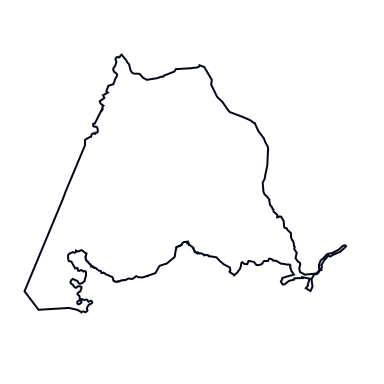 outline of Lizuma pag., Gulbene, Latvia, rotated 275°
{"feature_id": "27541924B17941209046703", "entity_name": "Lizuma pag.", "entity_type": "district", "adm_level": 2, "iso_a3": "LVA", "parent_name": "Latvia", "parent_adm1": "Gulbene", "projection": "albers", "projection_center": [26.315, 57.198], "detail": "fine", "context": "isolated", "style": "outline", "palette": "ink", "viewbox_px": 384, "rotation_deg": 275, "n_neighbors": 0, "source": "geoboundaries", "source_scale": "gbopen_adm2", "svg_char_len": 5887}
<svg xmlns="http://www.w3.org/2000/svg" viewBox="0 0 384 384"><g transform="rotate(275 192 192)"><path d="M318.9,188.4L318.2,188.4L317.3,187.9L316.7,186.7L316.2,185.2L315.7,181.7L315.3,180.9L313.0,165.2L310.4,163.9L305.4,153.7L304.9,153.8L304.1,152.4L304.0,151.8L304.2,151.2L302.4,147.6L299.8,137.1L301.1,134.4L301.2,133.6L304.6,130.1L305.1,129.4L305.1,126.6L304.9,125.6L304.9,123.9L305.5,122.1L307.6,120.3L313.7,118.2L316.1,115.7L316.9,115.5L322.7,109.9L321.7,108.9L320.6,108.5L319.8,107.8L319.7,107.5L320.0,105.9L319.5,105.0L317.6,104.1L315.1,105.3L314.0,105.2L310.9,104.4L308.9,103.1L306.9,102.8L305.1,103.8L303.2,106.7L302.4,107.1L301.3,107.2L297.2,105.4L294.4,104.9L293.3,104.3L292.6,104.4L290.5,99.4L284.7,97.9L283.8,99.5L280.6,94.9L280.1,95.4L277.9,96.5L274.5,92.2L272.3,93.0L270.3,96.2L270.0,95.8L268.9,95.4L266.7,95.8L265.4,95.1L265.9,94.8L251.7,89.2L251.3,87.6L248.9,88.0L248.4,91.4L247.1,92.4L244.1,92.9L243.1,92.5L242.7,91.7L242.7,90.6L241.5,90.5L241.8,88.3L241.1,87.4L240.1,86.9L238.2,86.6L238.3,86.1L234.7,80.9L229.1,81.3L181.8,66.2L173.2,63.8L78.5,33.8L61.3,49.4L65.8,79.7L64.6,88.0L62.8,92.1L62.5,92.3L62.9,92.6L63.5,94.2L63.5,94.9L63.0,95.8L63.1,96.4L63.5,97.2L64.8,98.1L65.4,98.1L66.3,97.5L67.3,97.5L69.5,98.3L70.9,99.3L71.9,101.2L72.8,102.2L74.0,102.2L74.9,100.7L73.6,98.5L74.2,97.8L75.3,97.2L75.6,96.5L75.7,96.1L75.1,94.5L75.1,93.6L75.7,91.7L75.0,91.1L73.9,90.8L73.8,91.2L73.4,91.4L72.1,91.4L70.5,89.6L70.2,88.8L70.2,88.3L71.6,87.3L72.3,87.2L72.9,87.6L74.0,89.1L76.0,89.6L78.8,88.8L79.9,87.0L80.4,86.7L81.8,87.2L83.3,89.5L84.3,89.5L86.4,90.3L87.6,90.2L87.9,89.8L88.2,89.0L88.2,86.7L86.6,85.1L86.5,84.3L87.8,82.3L89.2,81.5L90.1,79.7L90.8,79.0L91.7,78.8L93.3,79.2L94.8,80.6L95.0,81.1L94.1,83.2L93.4,85.6L92.0,86.4L90.9,87.7L90.7,88.1L90.9,88.7L91.8,90.7L94.1,92.8L96.3,93.0L99.2,93.7L102.7,93.4L103.6,92.9L104.0,91.9L103.3,90.8L104.1,89.2L104.5,89.0L104.6,88.1L103.6,86.7L103.7,85.4L105.7,84.9L106.2,84.5L106.4,84.0L105.7,83.0L105.7,82.2L111.8,78.2L112.3,77.3L112.3,75.6L112.7,75.1L115.5,74.3L118.5,74.1L120.2,75.6L121.8,78.7L121.2,80.1L121.5,80.9L122.1,81.5L123.5,81.6L122.8,83.2L122.8,83.6L123.2,84.7L124.2,86.3L124.4,86.8L124.3,87.5L121.8,91.3L121.6,92.2L119.6,92.0L118.3,91.5L118.1,91.8L117.3,91.6L116.9,92.0L115.3,92.1L114.3,93.0L114.3,93.3L113.9,93.3L113.8,93.8L113.4,93.9L113.2,94.6L112.8,94.6L111.2,96.5L111.2,97.1L109.8,97.7L110.0,97.9L109.6,98.1L109.6,98.5L109.3,98.5L109.5,98.8L109.3,99.5L108.9,99.5L108.9,100.0L108.6,100.0L108.7,100.4L108.4,101.1L108.1,101.1L108.1,101.6L107.8,101.7L108.0,102.3L107.8,102.9L107.0,103.8L105.4,106.4L105.4,108.0L103.5,108.8L103.4,109.2L103.9,110.5L103.7,110.6L103.9,111.2L102.0,114.3L102.1,115.7L101.1,117.1L100.5,119.8L98.8,121.1L98.1,120.9L96.7,121.6L96.7,122.2L96.1,122.6L96.2,123.4L95.8,124.7L96.0,124.8L96.0,125.8L96.2,126.3L96.5,126.2L96.5,127.0L96.9,127.1L96.9,128.0L97.5,128.6L97.5,129.1L97.8,129.5L97.9,130.9L98.4,131.1L98.3,131.8L98.6,133.7L100.3,136.2L100.1,139.6L100.3,140.1L100.9,141.3L103.4,143.8L102.6,145.5L102.4,146.8L102.6,150.3L104.2,154.0L104.3,154.8L104.5,154.7L108.0,162.6L115.6,166.1L118.6,173.2L125.8,180.4L133.4,180.9L133.8,181.3L135.5,181.0L136.2,182.0L136.2,182.6L137.1,183.3L137.2,183.7L136.9,184.3L137.2,185.0L138.1,185.2L138.0,185.8L138.2,186.2L138.6,186.5L139.9,186.7L141.2,187.9L141.5,188.4L141.7,190.8L142.1,191.1L142.2,191.7L141.6,191.5L141.5,191.8L141.1,191.8L141.4,192.2L141.4,192.6L140.8,192.5L140.8,192.9L140.3,192.9L140.2,193.2L139.8,193.4L139.8,193.0L139.0,193.6L139.2,194.0L137.9,196.0L137.5,197.0L136.9,197.3L136.9,197.8L136.7,198.1L136.1,197.8L135.9,198.0L136.1,198.2L134.9,199.1L133.7,199.2L133.6,199.8L133.1,200.3L132.6,200.2L132.6,200.6L132.1,200.8L132.2,201.4L131.8,201.8L132.1,202.2L131.7,202.5L132.0,202.6L131.8,203.1L132.1,203.5L131.9,203.6L132.0,203.8L131.7,204.4L131.3,204.7L131.8,205.8L131.0,208.6L130.1,209.3L130.4,209.7L130.1,210.0L130.5,210.5L130.3,212.0L130.5,213.1L129.6,214.3L130.0,214.6L129.3,215.7L129.5,216.8L129.0,222.1L125.6,225.9L122.5,230.3L120.1,236.3L117.1,237.1L115.9,236.3L114.9,237.4L113.6,240.4L112.6,241.2L115.5,244.0L119.7,246.5L122.4,247.2L125.5,247.3L126.5,248.1L124.9,250.4L124.9,253.3L128.2,254.3L128.2,255.7L127.9,258.4L127.6,260.0L124.9,262.5L125.0,264.7L125.4,266.1L126.4,267.9L129.6,269.8L129.8,273.6L132.4,274.7L132.2,276.5L131.7,278.0L130.8,278.7L130.8,281.7L128.3,287.1L128.4,288.5L128.0,293.5L128.2,294.6L128.1,295.8L127.4,296.5L126.1,296.2L122.2,297.8L118.6,300.8L116.1,294.0L114.1,289.4L112.7,289.4L110.5,288.3L107.8,290.3L108.1,292.2L111.9,296.4L113.7,301.5L115.0,301.6L115.9,309.8L116.8,309.4L115.9,316.7L109.5,315.4L108.8,315.7L106.1,313.7L103.7,318.7L108.2,320.3L115.6,318.6L120.4,320.9L120.8,321.4L121.0,323.3L121.6,324.0L122.6,325.0L124.1,325.6L125.1,326.3L125.5,327.3L125.4,328.6L125.8,327.3L126.4,327.5L127.5,327.4L128.3,328.0L129.8,327.6L130.4,327.1L131.8,328.1L132.7,328.3L136.7,330.4L137.3,331.2L139.5,332.5L140.4,333.4L140.3,334.2L139.8,334.9L139.8,335.6L141.6,337.8L145.4,344.9L150.8,349.9L151.4,350.2L151.9,349.9L152.2,349.2L152.1,348.3L151.6,347.2L150.6,346.1L147.4,343.3L143.5,337.1L141.9,332.0L137.6,328.7L134.9,326.1L130.6,324.8L124.8,325.6L121.6,322.7L119.5,311.6L121.8,306.5L125.4,305.5L129.6,306.2L130.9,305.6L131.8,303.8L135.0,300.9L140.6,301.6L144.1,298.8L146.3,299.1L147.1,298.3L149.7,297.9L150.8,297.4L152.9,296.2L153.0,295.8L155.2,294.7L159.7,294.1L162.6,290.3L164.0,289.6L164.4,287.4L165.0,286.9L171.2,285.8L175.1,282.9L175.4,281.5L174.4,280.3L174.2,279.1L176.7,278.9L179.7,274.9L181.6,274.6L182.1,273.8L183.8,273.0L186.0,270.8L190.2,269.7L191.1,269.8L193.6,267.5L196.1,264.4L198.7,263.1L207.5,261.6L210.8,263.0L213.3,263.5L214.2,263.4L225.2,264.7L242.1,264.0L244.0,263.4L248.1,260.6L251.6,259.0L258.5,252.8L266.0,248.5L265.8,248.3L268.6,243.7L271.0,236.6L274.9,222.8L276.0,221.4L284.3,214.5L289.0,208.7L300.7,201.7L305.4,202.0L317.6,193.3L318.9,188.4Z" fill="none" stroke="#020617" stroke-width="2"/></g></svg>